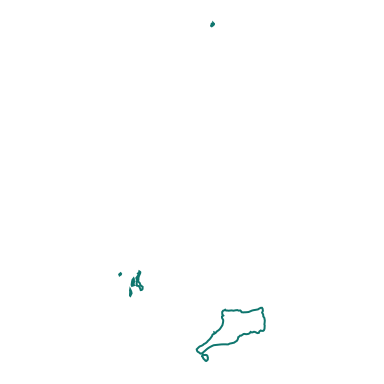 Motalava, Torba, Vanuatu (Albers equal-area conic projection)
{"feature_id": "77236927B68296465422624", "entity_name": "Motalava", "entity_type": "district", "adm_level": 2, "iso_a3": "VUT", "parent_name": "Vanuatu", "parent_adm1": "Torba", "projection": "albers", "projection_center": [167.627, -13.483], "detail": "fine", "context": "isolated", "style": "outline", "palette": "teal", "viewbox_px": 384, "rotation_deg": 0, "n_neighbors": 0, "source": "geoboundaries", "source_scale": "gbopen_adm2", "svg_char_len": 3607}
<svg xmlns="http://www.w3.org/2000/svg" viewBox="0 0 384 384"><path d="M197.7,351.7L199.1,352.5L200.4,353.6L201.4,353.5L202.5,353.0L203.6,352.0L204.8,351.0L206.1,349.8L207.7,348.5L209.5,347.3L211.6,346.2L212.8,345.6L213.8,345.2L221.3,344.4L224.8,344.3L227.0,344.4L228.2,344.4L229.7,343.6L231.3,343.3L234.0,342.7L237.0,340.7L237.8,339.2L238.3,337.1L239.0,336.8L240.1,335.6L241.3,335.6L242.4,334.8L243.6,334.0L244.4,333.9L246.1,334.2L248.0,334.0L249.6,333.3L250.6,331.9L251.7,332.4L252.7,332.3L253.8,331.8L254.8,331.9L256.2,332.5L257.3,333.1L258.8,332.9L259.4,331.5L260.7,330.5L261.3,330.8L263.0,330.9L263.9,330.3L264.5,328.8L264.7,325.5L264.4,324.4L264.6,322.9L264.7,321.7L264.8,320.6L264.5,318.8L264.3,317.8L263.3,316.5L263.3,315.9L263.1,314.3L262.4,313.2L262.1,312.5L262.9,310.9L262.6,308.8L262.0,307.8L260.8,307.8L259.0,308.7L258.0,309.4L255.8,309.8L255.3,309.9L253.4,310.2L251.9,310.6L250.3,311.3L248.6,312.0L246.8,312.2L244.4,312.3L243.3,312.4L241.6,312.2L241.1,311.3L240.4,310.5L238.5,310.6L237.4,310.1L235.5,310.3L233.5,310.7L231.6,310.4L229.5,310.6L228.4,310.7L227.3,310.5L226.6,310.5L226.0,310.5L225.2,309.7L224.1,310.4L223.1,310.7L222.2,312.0L222.3,314.3L223.3,315.6L222.0,316.4L222.0,317.8L223.2,320.0L223.2,321.1L223.0,322.7L222.4,325.2L220.6,328.0L219.9,329.0L219.2,329.7L218.1,330.6L217.1,331.2L215.5,333.0L215.0,332.7L214.3,332.4L214.4,333.5L213.9,334.0L213.3,334.1L212.5,334.7L212.3,335.3L212.0,336.1L210.3,338.5L209.9,339.0L209.1,339.8L207.6,341.2L207.5,341.5L206.6,342.4L205.6,343.2L204.3,343.9L203.8,344.1L203.2,344.8L202.4,345.3L201.9,345.6L201.2,345.9L200.4,346.2L199.8,346.4L199.5,346.6L198.6,347.4L196.7,349.3L197.0,350.7L197.7,351.7ZM136.5,281.3L136.8,282.0L136.6,283.5L137.0,285.7L138.4,286.0L139.1,286.3L140.2,288.6L140.7,290.1L141.6,290.0L142.4,289.3L142.6,288.3L142.6,286.8L140.8,285.5L140.3,284.7L139.7,283.0L138.7,282.0L137.9,280.5L136.5,281.3ZM203.3,358.4L203.5,358.7L203.8,359.0L204.8,359.9L205.1,360.2L205.3,360.6L205.7,360.8L206.1,361.0L206.5,360.9L206.7,360.7L206.9,360.5L207.1,360.2L207.4,360.1L207.6,359.8L207.8,359.5L207.8,359.1L207.8,358.8L207.8,358.6L207.9,358.3L207.8,358.1L207.8,357.7L207.9,357.4L207.8,357.1L207.6,356.8L207.5,356.6L207.4,356.3L207.4,355.9L207.2,355.6L206.9,355.3L206.6,355.1L206.3,355.0L205.9,355.0L205.4,354.9L205.0,355.0L204.4,355.0L204.0,355.0L203.7,354.9L203.3,354.7L203.2,354.7L202.9,354.9L202.7,355.1L202.4,355.4L202.2,355.7L202.0,356.2L202.0,356.4L202.3,356.6L202.6,356.7L202.8,357.0L202.9,357.3L203.1,357.9L203.3,358.4ZM132.0,285.9L134.1,285.2L133.7,284.9L133.6,283.8L133.9,282.8L134.1,281.4L133.9,280.4L133.9,279.1L133.6,278.4L132.5,279.8L132.1,281.4L131.8,283.4L131.6,285.0L132.0,285.9ZM139.3,271.4L139.0,272.8L137.9,273.5L138.5,274.4L138.5,274.8L137.3,276.6L136.3,278.0L136.7,279.2L138.4,279.4L138.4,278.5L138.6,277.0L139.2,275.4L139.8,274.1L140.3,272.8L140.2,272.0L139.3,271.4ZM130.0,290.6L130.2,291.7L130.0,294.4L130.0,295.6L130.3,295.9L130.6,295.3L131.6,293.3L131.4,292.4L131.2,291.5L130.7,290.4L130.2,289.4L130.0,290.6ZM212.4,23.7L212.2,23.6L211.8,23.6L211.7,23.7L211.7,23.9L211.7,24.0L211.7,24.4L211.8,24.4L211.7,24.6L211.6,24.8L211.4,25.0L211.2,25.3L211.1,25.5L211.1,25.9L211.2,26.0L211.3,26.1L211.7,26.3L211.8,26.2L212.0,26.0L212.1,25.9L212.3,25.9L212.5,25.7L212.9,25.5L213.0,25.3L213.2,25.1L213.4,25.0L213.4,24.9L213.5,24.8L213.5,24.7L213.8,24.5L213.9,24.3L214.0,24.2L214.0,23.9L213.8,23.8L213.7,23.7L213.4,23.4L213.4,23.2L213.2,23.0L213.2,23.3L213.1,23.5L212.9,23.6L212.6,23.6L212.4,23.7ZM119.2,274.4L119.6,275.4L120.9,274.5L121.1,273.9L120.6,273.2L119.7,273.9L119.2,274.4Z" fill="none" stroke="#0f766e" stroke-width="2"/></svg>